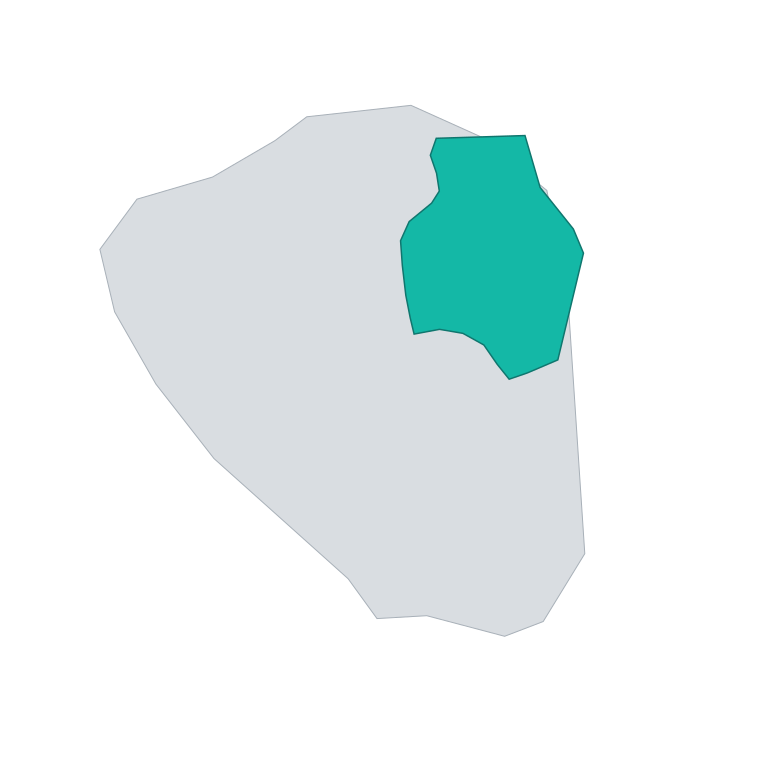 Ordino on a map of Andorra (Natural Earth projection), rotated 71°
{"feature_id": "AND-4878", "entity_name": "Ordino", "entity_type": "state/province", "adm_level": 1, "iso_a3": "AND", "parent_name": "Andorra", "parent_adm1": "", "projection": "natural_earth1", "projection_center": [1.528, 42.606], "detail": "fine", "context": "in_parent", "style": "filled", "palette": "teal", "viewbox_px": 768, "rotation_deg": 71, "n_neighbors": 0, "source": "natural_earth", "source_scale": "10m", "svg_char_len": 736}
<svg xmlns="http://www.w3.org/2000/svg" viewBox="0 0 768 768"><g transform="rotate(71 384 384)"><path d="M603.5,467.0L556.5,481.3L399.2,569.0L309.8,599.7L228.1,615.2L164.2,608.8L128.8,557.4L132.5,478.8L118.4,407.9L106.2,370.0L129.3,267.8L181.5,212.3L254.0,167.0L368.0,183.6L609.8,249.4L660.4,310.8L661.8,352.1L617.0,419.0L603.5,467.0Z" fill="#d9dde1" stroke="#a8b0b8" stroke-width="1"/><path d="M325.2,152.8L417.8,211.8L420.2,244.9L420.2,264.1L402.4,270.5L379.6,276.9L361.8,292.9L350.4,313.7L346.6,339.3L330.1,337.7L307.2,334.5L278.0,328.1L253.9,321.7L238.6,307.3L228.5,280.1L219.6,268.9L201.8,265.7L182.8,265.7L168.7,254.6L195.0,169.8L249.0,172.4L299.1,154.5L325.2,152.8Z" fill="#14b8a6" stroke="#0f766e" stroke-width="1.5"/></g></svg>